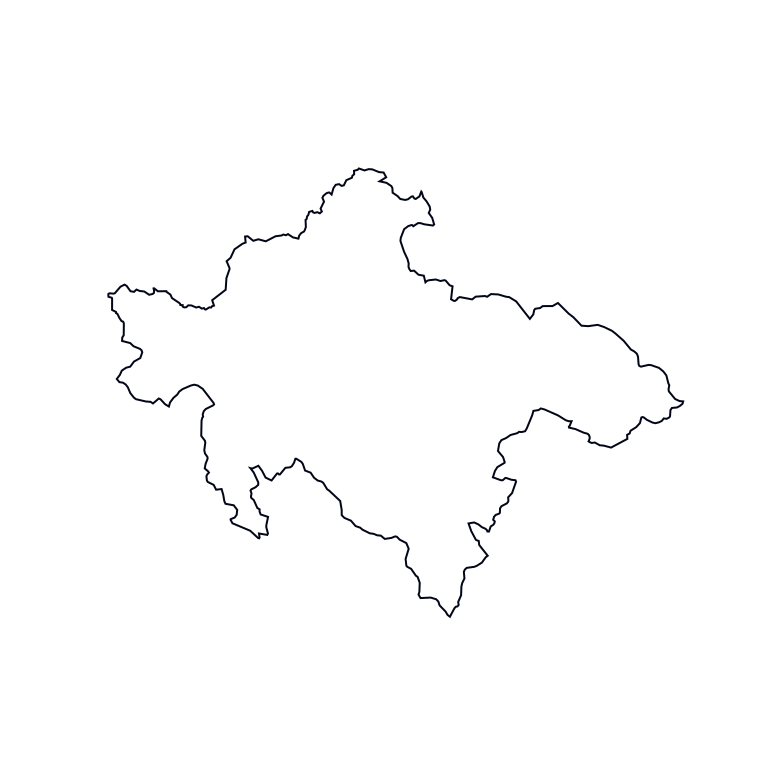 Thuan Chau, Son La, Vietnam, rotated 18°
{"feature_id": "81297802B46916310956334", "entity_name": "Thuan Chau", "entity_type": "district", "adm_level": 2, "iso_a3": "VNM", "parent_name": "Vietnam", "parent_adm1": "Son La", "projection": "albers", "projection_center": [103.593, 21.415], "detail": "fine", "context": "isolated", "style": "outline", "palette": "ink", "viewbox_px": 768, "rotation_deg": 18, "n_neighbors": 0, "source": "geoboundaries", "source_scale": "gbopen_adm2", "svg_char_len": 6159}
<svg xmlns="http://www.w3.org/2000/svg" viewBox="0 0 768 768"><g transform="rotate(18 384 384)"><path d="M170.3,473.9L174.3,467.4L176.2,467.6L182.1,470.9L186.4,471.9L186.2,467.7L188.1,462.1L190.6,458.1L191.6,454.5L194.0,451.1L200.7,445.2L203.7,443.3L207.3,443.0L213.0,444.6L227.8,454.7L228.7,455.9L228.2,457.0L222.2,462.9L221.0,465.6L221.0,469.0L222.1,471.0L221.6,472.2L221.8,475.2L226.2,489.8L231.2,493.3L232.2,495.0L233.5,502.4L235.2,505.4L238.6,507.9L239.3,509.5L239.0,515.2L239.6,519.7L243.9,521.5L244.9,522.4L243.8,524.7L243.6,526.6L245.4,530.5L246.7,531.6L253.2,532.6L257.0,536.4L262.0,534.1L265.3,539.0L268.5,545.0L270.3,546.9L278.6,545.8L283.3,549.1L284.3,554.0L283.3,557.1L280.0,559.9L280.0,560.5L282.9,563.3L302.1,564.9L311.9,569.4L313.0,569.3L313.1,568.4L311.3,564.8L319.6,563.6L319.8,562.0L316.3,556.6L315.7,554.5L314.8,546.2L307.0,546.2L305.1,543.8L304.4,541.6L301.9,541.1L296.0,534.6L292.9,533.3L292.3,532.3L291.8,529.0L290.0,526.6L290.3,525.3L293.8,521.8L295.5,518.9L295.3,517.8L294.7,516.3L287.4,508.4L282.9,505.3L284.8,505.2L289.8,500.6L294.8,504.2L300.3,509.6L306.9,510.5L309.9,502.2L310.7,501.8L312.2,502.5L313.0,502.1L316.1,494.2L320.5,492.2L321.8,490.6L322.8,486.6L322.8,482.5L323.7,482.2L329.4,483.6L331.4,485.0L335.7,490.7L341.6,491.0L346.5,494.8L350.8,496.3L354.6,496.1L356.8,496.8L362.5,501.7L364.7,502.3L378.5,508.8L382.7,516.9L384.3,521.8L387.8,523.6L394.8,524.2L400.9,527.9L405.7,528.0L408.6,529.2L416.7,530.4L420.3,529.7L424.3,530.0L427.8,529.2L432.6,531.1L438.6,528.1L441.7,525.5L443.5,525.3L447.0,527.2L454.4,528.4L458.4,533.1L458.6,543.7L461.4,549.9L462.7,550.7L466.9,551.4L473.6,556.5L475.5,557.0L479.4,562.0L481.9,570.8L481.9,573.6L484.9,576.3L494.4,572.7L500.2,572.6L503.0,574.2L505.3,577.4L512.9,581.4L515.7,583.9L518.6,585.0L520.3,575.4L521.1,573.7L522.6,572.8L523.3,571.1L521.9,568.4L522.6,561.1L520.2,552.7L519.9,549.1L520.6,544.1L518.0,538.0L518.2,535.6L519.5,533.3L526.3,530.0L528.2,528.5L532.3,523.6L534.3,517.3L535.7,515.3L524.3,507.7L522.6,504.0L519.9,503.9L518.9,503.2L512.4,496.9L507.5,490.5L512.6,487.8L517.3,488.4L521.3,489.9L525.2,490.3L527.1,491.2L527.9,492.3L529.4,491.9L529.5,486.5L531.4,484.2L532.0,482.4L531.8,480.4L529.8,479.4L529.7,476.2L530.7,474.0L533.6,471.7L534.0,470.7L532.8,466.4L533.5,463.9L537.7,459.6L538.4,457.8L538.4,456.7L537.1,453.4L539.5,448.2L539.8,436.1L538.8,434.9L534.7,435.7L529.1,435.6L528.4,435.9L526.7,438.8L525.1,439.4L516.4,439.1L516.4,432.3L517.5,428.0L523.0,421.7L523.0,421.1L519.8,416.7L513.1,412.5L512.0,404.9L513.0,401.1L516.9,397.6L520.1,393.4L525.9,389.6L527.3,387.7L529.7,387.2L532.8,385.3L533.5,382.2L534.6,368.1L534.4,363.4L539.1,361.0L540.7,358.8L544.5,358.6L559.3,360.1L568.1,362.3L571.2,362.3L573.9,361.4L573.5,366.4L573.0,367.5L573.5,368.3L580.0,367.7L589.0,368.6L593.0,368.4L594.7,369.2L595.9,370.7L596.5,372.5L596.3,375.4L597.5,375.7L599.8,375.9L602.6,374.5L608.1,375.6L612.0,374.7L619.6,374.3L632.4,361.0L630.9,357.2L632.9,355.2L632.9,352.3L637.2,347.1L639.5,342.1L639.1,336.4L639.9,335.6L641.4,335.5L644.9,336.8L651.2,337.7L654.3,337.4L657.3,335.5L659.6,333.3L660.7,330.3L663.5,329.8L665.7,327.6L666.0,326.3L664.5,320.3L665.2,317.8L669.9,315.8L672.2,313.4L674.0,310.6L673.9,308.1L670.3,308.9L665.5,308.3L657.2,303.0L656.2,301.0L655.7,297.0L654.3,295.6L649.9,288.6L645.7,285.7L640.5,283.7L632.3,283.5L629.7,284.1L623.0,288.1L621.2,287.9L620.0,286.5L617.1,279.4L615.0,277.0L612.0,275.7L608.1,274.9L598.7,268.9L588.6,264.5L584.4,263.0L575.6,261.8L569.0,261.7L560.3,265.9L553.8,267.5L543.5,262.0L537.9,260.0L524.4,253.2L520.2,257.8L510.8,260.9L509.0,263.5L504.6,265.7L504.0,267.3L504.5,271.7L502.6,277.0L484.2,264.6L476.3,262.7L473.0,263.3L465.1,263.5L458.0,265.4L455.1,269.2L452.9,269.1L444.2,272.6L441.7,276.3L429.2,277.9L427.5,279.7L427.4,280.9L426.0,282.9L424.9,283.4L421.6,282.7L419.0,269.9L415.9,269.8L410.7,266.6L409.3,266.6L405.9,268.6L401.0,268.6L394.7,271.4L393.1,272.6L392.0,274.5L388.4,268.7L383.0,269.4L377.6,266.9L374.5,268.3L372.5,266.8L371.1,265.0L370.2,261.7L367.7,257.9L362.2,252.0L355.5,243.0L354.8,239.9L355.3,230.5L358.3,226.3L360.9,224.4L362.0,224.2L363.1,224.9L366.6,220.5L369.0,219.7L372.7,219.7L381.5,218.2L382.4,216.8L378.5,211.1L373.7,207.5L374.1,203.9L372.6,201.1L368.0,197.1L363.8,194.5L360.6,189.9L360.0,189.5L359.7,194.7L357.0,198.2L355.6,198.2L353.4,196.6L352.2,197.3L349.7,200.9L347.3,202.4L342.3,203.0L338.9,201.1L333.1,199.4L331.4,195.0L329.8,193.5L324.2,191.9L317.2,192.6L322.2,186.7L318.3,183.0L313.8,184.0L306.5,183.5L303.0,184.4L299.5,186.9L293.5,186.8L292.8,188.4L289.6,190.5L290.8,193.8L289.6,195.7L289.7,197.8L285.2,201.8L284.4,207.5L282.4,208.7L279.5,207.8L276.5,209.5L275.4,213.3L275.6,220.0L272.9,218.8L272.1,219.0L270.2,220.5L268.2,223.8L267.9,226.0L270.6,229.1L269.5,236.8L271.6,239.2L270.2,241.5L267.5,241.2L265.0,242.8L263.4,242.6L262.4,241.5L259.6,243.5L259.8,246.6L259.1,248.3L259.4,251.1L258.7,252.2L261.2,258.9L261.1,262.2L260.8,263.7L258.5,266.2L257.5,269.2L257.7,272.2L252.0,272.7L246.4,271.1L244.8,272.8L242.0,273.0L240.7,274.4L235.2,277.0L227.5,284.8L219.8,285.2L215.4,288.2L208.7,285.6L206.3,286.7L208.7,292.2L206.0,294.4L200.2,302.1L199.1,311.3L196.4,315.9L201.2,321.4L201.6,322.5L201.4,331.9L204.3,343.3L194.7,357.4L198.1,362.0L196.5,363.1L195.9,364.7L194.2,365.1L191.5,368.3L190.5,368.3L189.3,367.4L187.4,368.6L184.2,367.7L181.7,369.3L176.6,368.8L173.5,369.7L172.3,372.0L170.3,372.9L168.6,372.6L168.2,371.2L165.9,371.8L165.4,370.8L163.9,370.1L155.8,367.8L153.3,365.0L148.5,363.5L148.3,363.0L140.3,365.7L135.8,364.0L135.3,364.3L136.6,366.5L137.0,368.6L136.1,369.9L133.1,371.7L127.4,370.1L123.0,371.0L119.4,370.7L117.8,373.6L114.2,374.1L108.9,370.2L106.5,369.7L103.3,372.9L100.0,380.8L99.0,381.6L94.8,382.6L94.0,383.7L95.0,386.2L98.5,386.1L99.0,386.7L102.5,397.6L106.9,398.3L107.3,399.4L108.8,399.7L112.0,403.0L115.0,405.3L116.6,405.3L117.8,406.6L121.4,418.1L120.7,420.7L121.6,424.0L130.0,423.5L134.2,425.5L141.0,426.0L142.9,426.8L144.3,428.5L144.2,434.6L139.3,439.9L137.3,445.9L133.7,448.2L130.5,452.3L130.0,456.9L128.3,461.8L131.8,464.0L135.3,463.4L138.5,464.3L141.4,466.3L145.5,471.0L150.3,474.2L152.8,475.1L163.0,474.2L167.5,473.1L170.3,473.9Z" fill="none" stroke="#020617" stroke-width="2"/></g></svg>